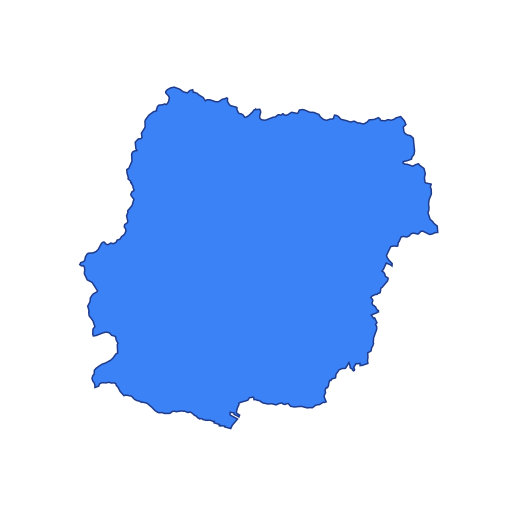 outline of Vata De Jos, Hunedoara, Romania, rotated 110°
{"feature_id": "2599482B15034378499440", "entity_name": "Vata De Jos", "entity_type": "district", "adm_level": 2, "iso_a3": "ROU", "parent_name": "Romania", "parent_adm1": "Hunedoara", "projection": "natural_earth1", "projection_center": [22.573, 46.166], "detail": "fine", "context": "isolated", "style": "filled", "palette": "blue", "viewbox_px": 512, "rotation_deg": 110, "n_neighbors": 0, "source": "geoboundaries", "source_scale": "gbopen_adm2", "svg_char_len": 6135}
<svg xmlns="http://www.w3.org/2000/svg" viewBox="0 0 512 512"><g transform="rotate(110 256 256)"><path d="M434.7,362.4L432.1,359.3L429.9,359.4L427.8,357.6L426.5,353.5L424.9,350.9L424.9,348.7L423.7,345.8L423.9,344.1L425.5,342.9L426.5,340.8L429.7,337.4L432.4,332.3L431.1,330.4L430.3,325.0L432.3,321.0L432.6,318.1L432.3,316.6L432.6,313.4L432.2,312.9L431.6,308.1L433.8,302.1L435.6,298.5L436.5,295.1L436.5,293.6L435.3,290.9L435.2,287.9L433.4,283.3L432.8,282.6L431.1,281.9L429.8,279.9L429.6,277.7L426.9,272.7L426.7,271.1L426.2,270.0L426.4,266.6L425.0,264.2L425.8,261.5L426.8,259.3L426.8,257.6L428.0,255.3L428.1,253.7L428.4,253.4L427.3,251.3L427.9,249.6L427.6,248.7L427.5,246.8L426.0,242.8L426.1,239.8L425.7,238.6L427.1,238.4L426.8,232.7L428.1,232.5L427.8,231.0L427.4,231.1L426.6,227.4L426.6,226.9L427.3,226.9L426.8,220.7L423.1,220.4L415.5,217.6L414.3,225.6L413.4,226.4L411.6,226.8L411.0,222.9L412.1,222.6L412.3,222.1L412.6,219.2L413.1,217.0L411.1,217.0L410.3,220.4L409.3,221.1L405.1,221.5L401.6,221.2L400.2,221.8L398.7,220.3L394.9,215.1L394.1,214.3L391.4,213.7L389.6,210.3L389.8,209.7L391.7,208.8L391.0,206.8L391.2,205.3L390.7,203.7L391.7,199.5L391.0,194.1L389.4,190.6L389.1,186.5L388.6,185.6L387.1,184.4L385.7,182.2L385.3,181.3L385.9,179.6L385.5,177.8L384.2,176.5L383.6,175.2L385.4,172.1L384.7,168.1L382.7,164.1L381.7,161.4L381.2,155.8L380.1,153.7L379.3,151.1L376.0,149.0L374.7,147.3L374.0,145.6L371.1,143.3L370.4,142.6L370.1,141.3L369.0,140.2L365.4,143.5L363.9,144.2L360.8,143.9L358.4,145.2L355.5,144.9L355.4,143.9L353.5,143.5L350.6,144.1L347.7,144.2L347.3,143.0L345.4,142.6L343.5,139.8L343.0,139.6L339.8,140.4L334.6,139.0L332.3,136.6L331.2,133.9L330.6,133.4L324.4,132.2L327.3,129.9L328.8,129.3L329.4,126.8L330.1,126.3L330.6,125.1L330.0,124.5L329.1,124.5L327.2,126.0L322.8,125.2L322.8,124.2L321.3,121.6L323.4,120.7L322.3,118.6L318.7,114.1L316.3,115.4L312.8,116.2L308.9,117.9L305.8,115.4L303.0,115.9L299.6,115.5L297.8,115.7L296.9,116.3L292.7,117.5L283.7,117.5L281.3,118.3L279.3,120.3L277.4,119.5L273.6,123.3L274.5,124.0L272.0,127.5L267.9,122.9L267.3,123.0L266.7,121.8L265.4,122.3L264.9,124.3L262.9,126.3L262.8,127.2L262.3,127.8L262.3,129.1L261.5,130.1L260.4,131.0L257.9,130.9L256.7,132.0L255.8,133.9L254.0,133.3L251.3,130.6L250.6,129.0L249.5,128.6L248.4,127.1L247.7,126.8L243.5,127.7L242.4,126.8L234.6,123.9L232.3,124.0L231.4,124.6L231.1,126.8L230.2,128.2L228.9,128.7L227.5,130.6L227.2,132.4L224.9,131.7L218.1,131.2L218.3,126.6L218.9,124.8L216.6,125.4L214.6,129.4L212.7,132.1L210.8,133.6L201.7,132.7L200.9,132.4L199.4,129.8L198.6,126.7L197.8,126.2L194.5,127.0L193.8,126.5L188.6,126.2L187.3,124.5L186.6,120.8L184.7,118.9L181.8,117.7L180.5,115.6L180.2,112.0L179.7,110.9L176.6,109.6L175.6,107.8L176.4,100.3L175.0,97.9L172.9,95.8L171.7,93.3L165.9,95.9L164.5,100.0L163.2,101.8L162.0,104.9L156.6,109.1L155.7,109.4L154.4,109.1L151.0,110.1L148.3,111.6L143.9,112.6L137.8,112.4L133.3,114.2L131.9,115.6L129.8,116.0L128.9,115.8L128.5,116.0L128.6,116.6L129.3,121.6L128.8,122.5L124.6,124.6L120.8,125.0L116.3,128.1L114.7,133.5L114.0,134.3L113.8,135.0L115.7,137.4L118.0,139.4L118.1,145.5L118.8,147.6L118.2,149.8L116.8,149.8L115.0,146.8L111.8,143.0L109.7,143.3L106.6,142.3L103.1,142.9L91.5,148.5L90.1,151.9L90.5,155.1L89.9,157.8L88.8,159.4L84.4,161.7L81.2,160.1L78.2,162.8L75.5,167.8L78.6,172.0L80.0,172.7L82.2,175.4L82.5,177.7L83.0,179.1L84.8,180.7L86.0,185.3L84.7,186.5L84.1,188.2L87.3,191.7L89.4,196.3L91.9,197.2L95.0,199.8L95.5,202.1L95.5,203.8L96.2,206.1L95.7,209.9L97.8,213.0L97.9,217.5L98.5,222.9L96.7,226.4L96.4,228.7L96.8,230.4L100.5,230.3L101.4,231.6L102.0,233.2L104.3,236.0L104.6,238.7L104.3,240.3L103.2,243.2L101.5,245.2L101.3,250.9L102.5,254.5L102.2,260.6L102.4,262.2L104.0,265.2L107.0,265.4L107.9,265.9L108.8,271.8L112.5,274.5L113.5,275.9L113.8,277.7L113.1,279.0L113.2,279.5L115.1,280.6L115.3,282.5L115.9,283.7L119.0,285.6L119.6,287.2L125.1,293.5L125.7,295.6L126.0,296.9L125.7,298.7L124.8,299.8L123.3,300.4L119.6,300.7L118.2,301.3L116.8,302.7L118.4,305.9L118.0,306.5L118.6,306.6L119.2,307.7L122.8,308.8L123.7,309.6L125.2,310.0L128.0,312.0L129.3,313.3L129.5,314.0L127.9,316.4L127.5,318.3L127.8,320.8L127.5,321.4L124.8,324.2L123.2,324.5L122.9,325.3L123.4,331.3L122.9,332.8L120.5,335.7L117.7,336.6L117.4,337.6L119.3,339.6L120.1,341.2L123.8,343.9L124.8,346.4L125.0,352.9L125.9,355.4L127.5,356.6L125.1,360.0L124.2,364.7L123.3,366.7L123.2,369.7L123.7,370.9L121.4,372.4L123.2,374.8L126.2,376.3L126.6,380.4L125.3,384.9L125.3,390.6L127.2,393.7L130.2,396.3L132.5,397.1L133.6,396.6L135.3,393.3L136.8,391.6L140.6,391.0L143.0,391.4L144.4,392.2L144.3,393.7L146.1,396.0L147.4,398.8L149.2,399.7L152.6,399.6L153.6,399.1L155.4,401.6L160.2,404.8L166.0,406.5L167.4,406.4L172.4,404.4L173.9,404.4L179.8,405.7L183.3,403.8L184.1,403.7L185.1,404.4L185.7,405.1L185.8,406.1L186.5,406.8L190.4,408.4L196.2,405.6L197.6,404.0L199.0,406.4L199.6,406.5L200.3,407.4L201.8,407.7L203.1,407.6L209.3,405.0L217.2,405.5L218.9,407.0L222.1,405.6L226.1,402.7L227.3,402.6L228.6,399.3L230.0,398.8L229.7,398.1L231.3,397.0L232.1,395.8L233.8,394.9L235.4,393.4L236.4,393.1L237.8,394.4L240.6,394.8L241.9,394.1L244.4,390.2L250.9,389.7L257.2,392.0L259.1,391.3L262.5,391.4L267.2,388.3L269.0,388.4L271.3,390.1L272.9,390.0L274.0,389.5L274.9,388.0L276.7,386.8L279.9,386.9L281.6,387.5L283.6,388.9L286.9,389.7L288.5,391.9L290.9,392.1L293.3,394.3L293.4,396.8L295.7,398.7L296.2,399.6L296.1,401.2L294.9,403.0L295.1,404.2L295.7,404.8L297.0,405.5L303.7,406.5L306.4,407.7L308.8,410.2L310.7,414.5L312.0,415.4L315.3,416.0L318.9,415.4L321.1,417.0L322.1,418.4L324.4,418.7L325.0,416.3L324.1,414.8L324.7,413.9L326.9,412.4L331.3,411.3L336.1,406.5L336.9,400.9L343.0,393.0L344.3,393.3L347.1,395.8L349.0,396.6L352.1,397.3L355.8,396.3L360.7,397.0L364.4,394.3L366.2,393.9L369.3,392.3L372.6,387.1L377.5,383.2L380.3,384.2L385.2,382.7L386.8,381.5L385.4,379.0L380.6,373.6L378.8,370.9L378.3,367.7L379.9,364.4L379.6,361.6L380.1,360.2L382.7,358.7L385.3,355.8L386.9,356.0L394.5,352.8L395.7,354.0L401.1,355.6L403.6,356.9L408.1,360.9L410.3,363.6L413.0,365.7L416.3,367.9L418.7,368.8L422.2,367.7L424.3,368.4L427.1,368.3L429.2,366.7L430.7,364.5L432.9,363.0L434.7,362.4Z" fill="#3b82f6" stroke="#1e3a8a" stroke-width="1.5"/></g></svg>